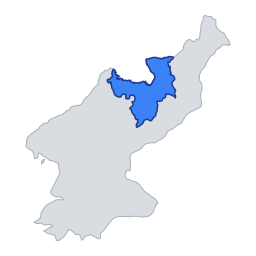 where Ryanggang sits in North Korea
{"feature_id": "PRK-3314", "entity_name": "Ryanggang", "entity_type": "Province", "adm_level": 1, "iso_a3": "PRK", "parent_name": "North Korea", "parent_adm1": "", "projection": "albers", "projection_center": [127.851, 41.225], "detail": "fine", "context": "in_parent", "style": "filled", "palette": "blue", "viewbox_px": 256, "rotation_deg": 0, "n_neighbors": 0, "source": "natural_earth", "source_scale": "10m", "svg_char_len": 7416}
<svg xmlns="http://www.w3.org/2000/svg" viewBox="0 0 256 256"><path d="M158.1,203.1L156.9,203.8L154.9,207.4L153.1,212.0L151.3,214.4L149.2,215.8L146.9,216.6L142.4,217.0L138.4,216.7L137.0,216.2L131.5,216.4L129.9,216.8L121.9,216.4L117.7,216.7L115.0,217.6L112.3,219.4L109.9,222.1L107.8,225.1L103.6,230.5L100.6,233.1L100.5,236.9L100.4,238.0L99.4,238.8L99.0,238.5L97.3,238.2L90.5,234.6L84.8,236.6L83.4,239.3L81.8,240.2L79.7,234.7L76.0,234.5L70.3,229.6L67.8,230.5L67.1,232.4L63.8,236.7L59.2,240.2L57.8,240.6L56.1,240.3L56.4,239.4L54.7,235.2L47.7,233.4L45.2,231.6L43.9,231.1L50.9,226.8L52.8,226.1L51.5,225.0L50.0,224.4L44.3,224.9L41.4,223.3L37.1,223.6L34.2,222.4L40.5,218.1L40.9,215.5L40.9,213.5L44.2,207.7L47.4,204.5L55.7,200.1L59.2,199.6L61.8,199.9L63.9,199.5L61.7,197.6L59.6,196.8L55.4,196.8L51.1,194.0L50.8,191.2L59.7,173.6L59.9,172.0L58.7,167.6L58.4,163.4L52.5,160.8L49.9,160.4L42.4,155.4L39.5,152.9L38.2,153.6L37.9,157.4L36.8,158.2L34.7,158.8L33.9,154.4L32.4,151.2L27.4,147.8L25.7,146.0L26.7,142.2L26.3,141.9L27.3,137.6L30.5,134.4L38.3,128.8L40.3,126.1L44.2,123.0L45.9,123.2L47.7,122.9L48.3,121.5L48.8,120.4L50.3,119.5L54.0,117.8L58.3,115.6L61.6,115.0L65.8,111.6L67.5,110.1L69.2,110.1L69.6,109.4L70.6,107.6L71.9,106.4L73.8,106.2L76.7,105.4L80.4,105.0L83.0,102.1L83.9,100.0L85.6,97.7L89.1,95.2L91.6,91.5L94.4,87.4L95.7,86.2L96.9,85.9L97.7,84.4L98.6,80.1L99.9,75.8L100.6,73.9L103.7,71.7L104.5,70.7L105.2,70.3L106.6,70.6L108.6,69.4L110.4,68.0L112.0,68.5L113.7,69.7L115.4,72.1L116.1,73.9L117.5,75.5L117.7,77.8L119.1,78.8L122.0,79.3L126.8,80.8L129.9,80.9L131.7,82.1L135.4,82.7L142.8,81.8L145.8,82.4L147.1,83.8L148.9,84.9L150.2,85.0L151.8,83.0L153.5,79.9L154.7,77.5L154.6,75.5L153.6,73.5L151.2,71.6L149.6,68.7L148.0,65.6L147.1,64.6L146.4,63.1L146.2,60.9L146.8,59.3L150.4,58.3L155.1,57.7L158.9,58.3L165.2,57.8L169.1,56.9L172.0,57.0L174.7,56.9L175.8,55.6L179.5,52.4L181.3,51.3L183.2,49.1L183.5,46.9L183.8,45.1L184.9,43.1L186.8,40.7L188.4,39.6L190.2,39.7L192.2,40.8L193.4,41.8L194.8,41.5L195.9,39.6L196.7,39.2L198.9,39.0L199.5,37.8L200.3,32.3L201.0,28.0L201.1,24.9L203.0,19.8L203.5,16.8L204.7,15.4L206.0,15.4L207.1,16.3L208.6,16.8L210.4,16.2L211.8,17.0L212.7,18.6L215.5,19.6L215.8,20.4L215.9,25.9L217.5,28.4L219.6,30.7L222.5,32.7L224.0,33.1L224.9,34.6L225.9,37.2L228.0,39.6L229.1,41.4L229.3,43.3L230.3,44.4L228.7,45.6L226.6,45.0L223.0,44.7L218.6,48.5L216.2,49.9L214.5,53.7L211.0,55.9L209.1,58.3L206.7,62.4L205.2,66.4L201.4,70.4L199.3,75.5L199.3,79.8L201.8,84.1L202.1,87.9L200.5,95.6L201.7,103.8L200.7,107.0L188.9,112.9L185.8,115.7L181.5,123.0L176.2,125.8L172.9,128.8L168.3,130.6L165.4,135.8L162.2,138.7L158.3,140.5L155.4,142.8L149.0,142.9L144.4,144.5L141.1,148.8L131.3,153.6L129.9,157.3L130.6,163.0L130.6,167.4L129.7,170.9L127.6,169.9L126.4,171.1L125.1,174.4L125.5,178.2L128.8,179.4L131.6,180.9L135.5,181.7L138.4,183.5L144.6,191.4L149.7,194.9L151.0,196.2L153.9,197.9L156.6,200.7L158.1,203.1ZM43.4,162.5L41.5,163.7L41.5,161.5L43.0,159.7L44.5,159.5L43.4,162.5Z" fill="#d9dde1" stroke="#a8b0b8" stroke-width="1"/><path d="M168.2,56.6L171.3,56.7L173.4,57.3L173.3,57.7L172.9,58.6L172.4,59.2L171.0,60.1L170.4,60.8L170.0,61.6L169.8,62.0L169.5,62.3L169.0,62.3L168.2,62.0L167.8,62.1L167.9,63.0L168.0,63.5L168.4,64.6L168.5,64.9L168.5,65.3L168.5,66.1L168.6,66.4L168.7,66.7L169.0,66.8L169.8,66.5L170.1,66.5L170.3,66.9L170.3,67.4L170.2,68.5L170.1,69.1L170.2,70.6L170.2,71.1L170.4,71.6L170.9,72.4L171.0,72.9L170.8,73.5L170.4,73.9L170.2,74.3L170.3,74.8L170.8,75.1L172.4,75.2L173.3,75.8L174.1,76.8L174.6,78.0L174.7,79.2L174.0,80.3L173.1,81.1L172.3,82.0L171.9,83.4L172.2,84.8L172.7,86.2L174.1,88.5L174.5,88.9L175.0,89.4L175.4,89.8L175.6,90.5L175.4,91.2L174.8,92.3L174.5,92.9L174.7,94.1L175.2,95.3L175.6,96.4L175.2,97.6L174.3,96.5L173.0,95.8L169.6,94.3L169.2,94.1L168.7,94.2L167.9,94.4L167.5,94.4L166.2,94.0L165.7,94.1L165.6,94.6L165.6,95.1L165.6,95.9L165.5,96.6L165.4,97.1L165.0,97.6L163.6,98.1L163.1,98.4L162.8,99.0L162.2,100.2L161.8,100.7L160.9,101.2L159.7,101.2L158.5,101.2L157.5,101.2L157.0,101.8L157.1,103.0L157.6,104.3L157.8,105.5L157.7,106.2L157.3,107.6L157.2,108.4L157.1,109.9L157.0,110.6L156.9,111.4L156.7,111.9L156.2,112.7L156.0,113.3L155.8,114.9L155.6,115.4L155.3,116.0L153.8,117.3L153.3,117.9L152.0,119.8L151.1,120.7L150.2,120.8L149.3,120.4L148.4,119.6L148.0,119.2L147.6,119.1L147.1,119.2L144.5,120.1L144.1,120.5L143.8,120.9L143.5,121.5L143.4,122.2L143.1,122.8L142.7,123.4L139.7,125.8L137.6,127.0L137.0,127.2L136.6,127.0L136.4,126.6L136.4,125.8L136.4,124.6L136.5,124.1L136.8,123.6L137.4,122.9L137.6,122.6L137.7,122.0L137.6,121.4L137.5,120.9L137.5,120.5L137.8,120.0L138.0,119.5L137.6,119.3L136.6,119.3L136.2,119.2L135.8,119.1L135.5,118.8L135.3,118.4L135.1,117.7L134.9,116.2L134.6,115.5L134.2,115.2L133.9,115.0L133.5,114.7L133.2,114.3L131.8,111.9L131.7,111.4L131.5,110.2L131.3,109.7L130.9,109.3L130.3,109.1L129.9,108.9L129.8,108.4L130.1,107.9L130.5,107.4L132.5,105.9L133.1,104.9L133.0,103.8L132.2,102.5L132.0,102.0L132.5,101.8L133.4,101.7L133.9,101.5L134.3,101.2L134.5,100.7L134.7,100.1L134.9,98.5L134.9,97.1L134.5,96.0L133.3,95.5L131.2,95.0L130.3,95.3L129.8,96.6L129.6,97.4L129.4,98.2L129.1,98.7L128.5,98.9L127.1,98.8L125.8,98.5L125.8,97.6L125.8,96.4L125.6,95.3L125.3,94.5L124.6,94.0L123.7,94.0L122.8,94.3L122.1,94.8L121.6,95.5L121.3,96.1L120.9,96.7L120.2,97.1L119.8,97.1L118.5,96.8L117.5,96.6L117.1,96.5L115.3,95.2L114.7,94.7L114.3,93.9L114.1,92.7L114.0,92.2L113.6,91.7L113.3,91.2L113.2,91.0L113.4,90.7L113.5,90.3L113.2,89.6L112.2,88.7L111.8,87.9L111.6,86.4L111.5,85.6L111.3,85.0L110.7,84.0L110.6,83.7L110.7,83.4L111.1,82.9L111.2,82.6L111.0,82.3L110.7,82.1L110.4,82.1L110.1,82.2L108.9,82.7L108.4,82.7L107.8,82.2L107.6,81.8L107.4,81.1L107.3,80.4L107.4,79.9L107.8,79.4L108.2,79.4L109.1,79.5L109.7,79.4L110.0,79.0L110.2,78.5L110.5,77.9L111.0,77.6L111.6,77.3L112.1,76.9L112.4,76.3L112.4,75.9L112.3,75.6L112.1,75.0L112.0,74.1L112.0,73.0L112.2,71.7L112.7,70.6L113.3,69.5L113.4,69.3L114.5,70.2L114.8,70.1L114.9,70.7L115.6,71.8L115.9,72.3L115.3,72.3L115.0,72.5L114.9,72.9L115.0,73.5L115.3,73.9L115.8,74.3L116.7,74.7L116.6,74.8L116.5,75.3L117.0,75.4L118.7,76.0L119.1,76.5L118.4,76.7L117.7,77.1L117.1,77.7L116.7,78.5L116.9,78.5L117.2,78.6L117.5,78.7L117.7,79.1L117.9,79.1L118.3,78.8L118.6,78.9L118.8,79.1L118.9,79.3L119.1,79.4L119.3,79.2L119.8,78.3L120.0,78.1L120.5,78.4L121.2,78.9L121.6,79.0L121.9,78.9L122.1,78.8L122.4,78.8L122.6,79.0L122.6,79.3L122.4,79.6L122.1,79.8L122.5,80.2L123.1,80.4L124.4,80.5L124.7,80.4L125.2,80.2L125.5,80.2L125.8,80.3L126.0,80.5L126.3,80.8L127.0,80.9L127.5,80.7L128.0,80.4L128.5,80.2L129.1,80.4L129.6,80.7L130.2,80.8L130.7,80.5L130.8,81.5L131.2,81.9L132.5,82.3L133.5,83.0L133.8,83.2L134.1,83.0L134.4,82.5L134.6,82.4L135.4,82.8L138.5,82.9L139.3,82.6L139.9,83.0L140.5,83.1L141.0,82.9L141.3,82.2L141.6,81.9L142.3,81.6L143.6,81.4L144.5,82.3L144.9,82.1L145.1,81.8L145.4,81.4L145.8,81.9L145.8,82.6L145.7,83.4L145.9,83.9L146.1,84.0L146.5,83.9L147.0,83.6L146.9,84.5L147.4,84.9L148.2,84.9L148.7,84.5L149.2,84.7L148.7,85.3L150.1,85.5L151.3,84.2L154.6,78.2L155.1,76.6L154.4,75.7L154.4,74.9L154.0,74.0L153.4,73.3L152.5,72.9L151.3,71.9L150.4,71.1L150.3,70.2L149.9,69.3L148.4,66.4L148.2,65.6L147.2,65.2L146.9,64.6L146.6,63.9L146.0,60.3L146.0,59.7L146.4,59.1L147.1,58.9L148.5,58.8L153.6,57.4L156.9,57.6L157.6,57.9L158.3,58.4L159.8,58.3L160.8,58.8L161.3,58.9L162.6,58.4L162.9,58.4L163.3,58.7L163.6,58.5L164.0,57.8L164.3,57.5L164.6,57.4L167.0,57.6L167.9,57.4L168.2,56.6Z" fill="#3b82f6" stroke="#1e3a8a" stroke-width="1.5"/></svg>